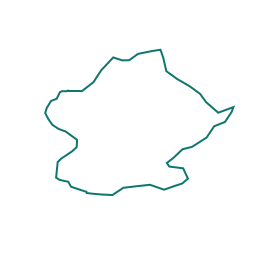 outline of Lemona, Paphos, Cyprus, rotated 36°
{"feature_id": "46923920B60992584913895", "entity_name": "Lemona", "entity_type": "district", "adm_level": 2, "iso_a3": "CYP", "parent_name": "Cyprus", "parent_adm1": "Paphos", "projection": "robinson", "projection_center": [32.562, 34.851], "detail": "fine", "context": "isolated", "style": "outline", "palette": "teal", "viewbox_px": 256, "rotation_deg": 36, "n_neighbors": 0, "source": "geoboundaries", "source_scale": "gbopen_adm2", "svg_char_len": 898}
<svg xmlns="http://www.w3.org/2000/svg" viewBox="0 0 256 256"><g transform="rotate(36 128 128)"><path d="M57.5,133.1L56.4,134.6L53.0,137.0L51.9,139.0L53.1,146.2L49.8,151.5L50.5,159.6L52.3,164.6L58.0,167.5L65.0,169.9L72.6,169.5L79.6,167.5L85.8,167.5L93.8,167.5L97.7,173.6L96.5,179.7L92.0,191.9L91.1,196.8L99.0,210.4L103.1,210.2L111.3,206.6L116.4,209.0L131.9,204.1L132.8,204.9L138.1,201.9L145.3,197.6L154.9,191.3L155.7,188.9L159.4,179.1L168.7,170.5L179.2,161.0L193.4,156.7L196.2,152.7L199.8,147.5L204.5,141.0L206.2,133.7L196.3,128.2L184.1,134.9L180.0,133.5L182.3,125.5L184.6,113.1L190.9,105.6L197.2,89.5L196.7,75.9L202.9,66.1L202.4,54.1L201.0,49.1L192.0,62.6L176.1,61.2L166.1,58.0L153.3,58.0L138.7,59.5L125.6,59.5L115.3,50.5L108.3,45.6L102.5,51.3L92.5,62.2L89.2,72.4L83.7,76.6L74.6,79.6L72.4,97.0L73.1,111.2L69.1,125.1L57.8,133.3L57.5,133.1Z" fill="none" stroke="#0f766e" stroke-width="2"/></g></svg>